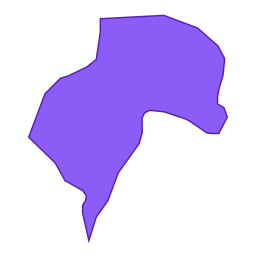 SVG path tracing the border of Podvelka
{"feature_id": "SVN-214", "entity_name": "Podvelka", "entity_type": "Municipality", "adm_level": 1, "iso_a3": "SVN", "parent_name": "Slovenia", "parent_adm1": "", "projection": "albers", "projection_center": [15.369, 46.578], "detail": "fine", "context": "isolated", "style": "filled", "palette": "violet", "viewbox_px": 256, "rotation_deg": 0, "n_neighbors": 0, "source": "natural_earth", "source_scale": "10m", "svg_char_len": 594}
<svg xmlns="http://www.w3.org/2000/svg" viewBox="0 0 256 256"><path d="M163.9,15.4L197.6,28.1L218.0,46.0L224.7,58.7L223.0,75.3L219.3,87.5L217.5,96.5L217.5,104.0L223.9,107.6L227.3,117.0L218.8,133.5L212.4,133.5L206.8,132.9L189.2,120.8L186.2,119.2L164.1,111.8L150.0,110.3L144.7,112.6L142.0,118.3L142.2,132.5L139.2,143.5L118.3,172.7L107.8,200.8L96.2,217.1L88.9,240.6L82.5,212.5L82.8,205.0L85.5,200.5L86.4,195.9L82.8,190.7L64.9,180.5L55.3,163.0L28.7,137.2L45.0,93.8L60.3,78.4L68.2,75.9L86.8,67.0L96.3,59.4L100.2,33.0L100.4,18.7L163.9,15.4Z" fill="#8b5cf6" stroke="#5b21b6" stroke-width="1.5"/></svg>